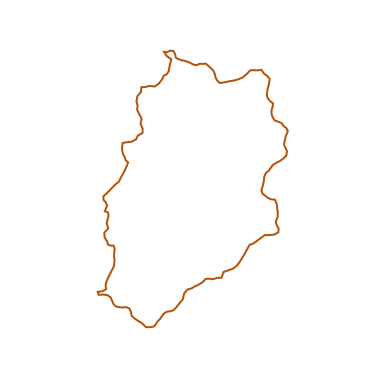 outline of Carmo de Minas, Minas Gerais, Brazil, rotated 209°
{"feature_id": "56859067B32891499548928", "entity_name": "Carmo de Minas", "entity_type": "district", "adm_level": 2, "iso_a3": "BRA", "parent_name": "Brazil", "parent_adm1": "Minas Gerais", "projection": "equal_earth", "projection_center": [-45.157, -22.089], "detail": "fine", "context": "isolated", "style": "outline", "palette": "amber", "viewbox_px": 384, "rotation_deg": 209, "n_neighbors": 0, "source": "geoboundaries", "source_scale": "gbopen_adm2", "svg_char_len": 2594}
<svg xmlns="http://www.w3.org/2000/svg" viewBox="0 0 384 384"><g transform="rotate(209 192 192)"><path d="M226.1,59.0L223.7,56.8L219.9,59.3L216.0,60.8L211.9,60.3L208.5,57.6L206.1,55.8L203.5,55.0L200.3,55.8L196.9,57.2L193.9,59.3L190.3,59.8L187.0,57.2L184.6,54.3L180.7,53.5L176.5,53.1L172.7,53.1L170.0,52.4L166.8,51.5L163.2,53.4L159.8,56.2L159.4,62.0L158.4,65.4L157.8,71.4L156.4,74.6L153.7,76.8L150.7,79.7L149.7,84.4L149.1,87.9L148.0,93.5L149.7,99.5L148.7,104.5L145.6,107.5L144.0,110.6L141.9,113.3L139.3,117.6L137.8,122.7L134.9,124.6L131.4,125.8L128.5,129.0L124.6,131.3L125.6,137.4L122.1,141.3L119.2,144.6L117.2,148.8L116.4,153.9L116.1,159.7L115.9,164.0L116.1,169.0L116.0,173.9L113.8,176.0L112.0,179.6L110.0,184.1L107.4,189.6L103.3,191.9L99.3,194.7L96.9,198.6L98.6,202.2L101.3,203.6L104.3,206.4L105.0,211.8L107.2,215.9L109.2,218.5L111.8,222.3L115.7,225.5L119.2,224.0L123.0,223.6L125.9,224.2L129.3,224.6L132.2,227.1L133.3,232.8L134.7,236.9L136.1,240.2L136.6,244.3L135.1,248.2L134.5,254.7L132.0,259.1L130.0,262.0L128.4,265.4L127.2,269.6L128.6,273.6L131.2,275.7L134.2,277.7L135.7,281.4L137.1,286.7L137.7,291.7L140.6,293.7L144.3,294.2L146.8,295.7L150.4,295.3L154.3,294.7L157.5,296.3L159.9,298.4L161.8,301.2L162.6,304.7L164.0,308.8L168.3,309.4L172.1,311.4L174.0,314.0L175.5,317.8L177.0,323.6L179.0,328.7L183.0,330.1L186.0,330.3L190.6,332.5L194.4,329.7L197.6,328.2L200.1,326.6L201.2,322.1L203.1,316.8L206.6,312.5L209.7,309.5L213.0,307.0L217.1,303.3L220.6,300.8L223.7,301.6L226.7,303.4L229.5,306.5L232.0,308.4L235.4,309.5L238.4,310.2L242.2,310.9L244.8,309.2L247.5,307.8L249.5,305.1L252.6,304.1L257.0,304.1L261.3,303.4L264.9,302.2L268.5,301.6L271.2,301.6L273.9,304.7L276.7,306.3L279.5,305.1L281.6,302.2L284.3,301.0L280.4,298.8L277.7,298.4L274.5,298.2L272.7,291.2L270.9,286.6L271.1,282.7L273.1,280.1L272.8,276.0L273.5,270.9L275.6,266.4L278.5,265.0L281.0,263.9L283.5,261.3L287.1,259.1L285.1,254.7L286.2,249.2L284.5,244.3L281.7,241.5L279.8,237.3L275.9,234.5L271.8,231.9L269.9,226.5L266.0,223.6L263.9,219.7L266.7,215.2L266.5,210.7L269.3,206.7L273.4,203.7L276.4,201.3L275.1,197.8L273.3,194.5L270.5,191.7L267.5,189.7L265.4,187.6L262.3,187.0L261.7,183.3L261.2,177.0L261.2,170.2L261.0,165.5L262.8,161.2L264.1,156.3L265.5,151.0L267.4,145.2L265.5,142.1L262.5,141.3L259.6,138.8L259.0,132.9L255.4,133.4L253.3,130.3L252.5,126.8L251.2,122.9L247.6,119.7L249.0,113.9L246.3,109.8L242.3,107.6L240.0,105.3L237.1,105.7L234.5,107.1L231.9,104.7L230.2,100.1L228.2,96.9L226.3,94.1L224.3,89.3L224.1,83.2L223.8,76.9L223.3,71.9L222.3,68.5L220.0,65.2L222.5,61.5L226.1,59.0Z" fill="none" stroke="#b45309" stroke-width="2"/></g></svg>